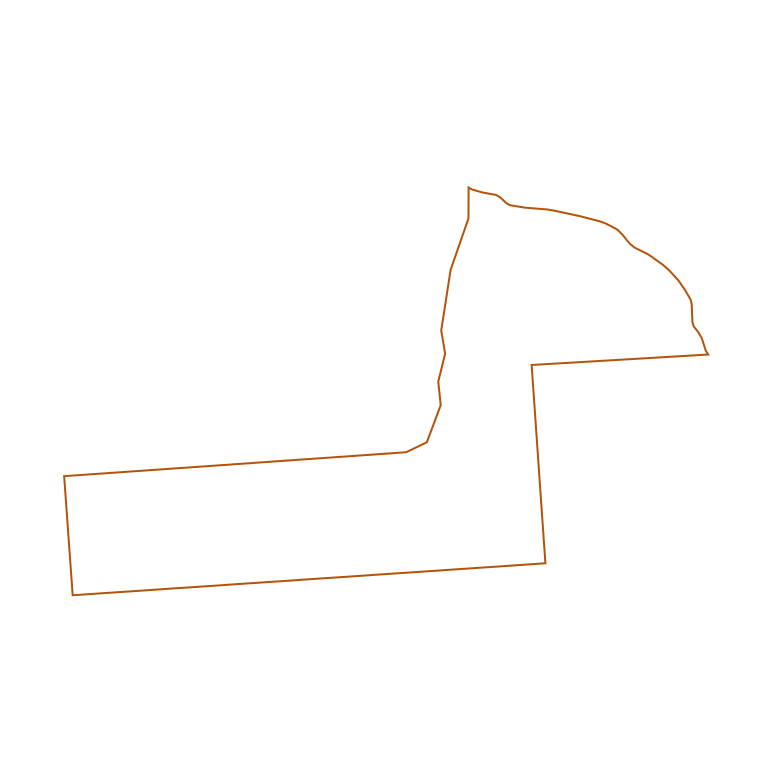 outline of Pepin, Wisconsin, United States of America, rotated 176°
{"feature_id": "52423323B37553919302719", "entity_name": "Pepin", "entity_type": "district", "adm_level": 2, "iso_a3": "USA", "parent_name": "United States of America", "parent_adm1": "Wisconsin", "projection": "mercator", "projection_center": [-92.145, 44.546], "detail": "fine", "context": "isolated", "style": "outline", "palette": "amber", "viewbox_px": 768, "rotation_deg": 176, "n_neighbors": 0, "source": "geoboundaries", "source_scale": "gbopen_adm2", "svg_char_len": 705}
<svg xmlns="http://www.w3.org/2000/svg" viewBox="0 0 768 768"><g transform="rotate(176 384 384)"><path d="M709.3,195.0L235.5,193.9L235.4,392.7L58.5,390.8L60.7,394.9L63.8,407.6L66.6,413.4L71.0,419.8L71.4,421.4L72.0,424.4L71.5,442.1L72.2,446.6L77.2,456.9L83.2,466.9L91.6,477.5L97.1,483.1L111.1,494.7L124.2,502.4L128.3,506.1L131.1,509.6L135.7,516.3L140.4,521.7L151.5,528.6L157.3,531.2L176.7,537.7L201.2,544.8L208.8,546.7L231.2,550.1L245.9,553.6L249.3,555.8L254.9,561.9L259.0,564.8L272.4,568.2L282.4,571.8L285.9,574.1L288.2,543.2L309.6,493.2L323.2,433.3L320.9,410.0L329.7,382.6L328.9,358.9L345.3,322.9L366.7,314.4L472.2,314.4L709.5,314.4L709.3,195.0Z" fill="none" stroke="#b45309" stroke-width="2"/></g></svg>